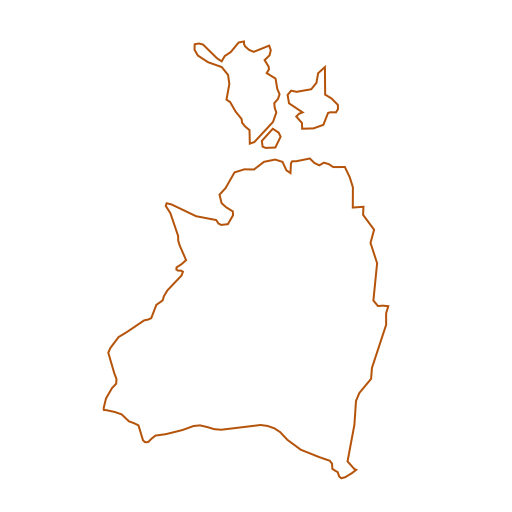 an SVG outline of Estonia, rotated 96°
{"feature_id": "EST", "entity_name": "Estonia", "entity_type": "country or territory", "adm_level": 0, "iso_a3": "EST", "parent_name": "Europe", "parent_adm1": "", "projection": "orthographic", "projection_center": [24.591, 58.582], "detail": "fine", "context": "isolated", "style": "outline", "palette": "amber", "viewbox_px": 512, "rotation_deg": 96, "n_neighbors": 0, "source": "natural_earth", "source_scale": "50m", "svg_char_len": 2467}
<svg xmlns="http://www.w3.org/2000/svg" viewBox="0 0 512 512"><g transform="rotate(96 256 256)"><path d="M425.0,391.2L423.2,391.6L413.4,390.3L402.4,385.4L397.6,381.7L392.9,381.9L387.4,384.7L367.6,392.8L362.6,391.2L350.9,384.1L344.9,376.2L331.7,360.5L330.5,356.7L328.8,353.7L315.0,350.0L309.9,344.2L305.6,343.4L299.4,340.5L283.3,328.1L279.3,327.0L278.4,329.1L278.7,332.1L277.7,333.8L275.6,333.8L271.9,329.2L267.4,325.1L253.7,332.9L248.7,335.0L244.3,335.5L222.4,345.6L215.6,351.0L212.9,350.4L213.6,345.3L222.7,319.7L224.4,299.4L227.7,296.6L228.7,293.8L227.3,287.3L217.9,283.1L214.1,283.7L210.7,290.7L207.1,295.7L198.8,298.7L191.7,293.4L175.1,286.1L171.0,276.6L170.2,267.1L161.5,257.9L158.1,247.0L159.6,239.5L167.6,234.7L169.9,230.4L160.0,230.9L158.0,229.9L157.6,226.0L153.4,212.7L157.4,207.6L159.2,202.5L156.1,198.2L157.0,193.3L159.5,188.4L158.2,176.9L168.1,170.9L177.6,166.8L197.7,164.8L195.8,154.3L203.9,153.8L217.5,141.3L231.0,143.5L250.5,134.8L288.0,134.6L293.0,129.5L292.1,124.5L292.1,119.2L299.2,120.6L310.9,119.4L355.2,129.0L366.1,128.7L381.4,138.9L389.7,141.4L413.6,140.5L450.7,143.5L457.6,135.9L458.2,134.0L461.9,137.9L466.7,144.2L468.1,147.9L466.7,150.1L462.4,152.2L461.5,154.3L459.7,157.8L454.5,158.7L451.9,161.3L449.3,172.6L444.0,191.2L435.5,205.6L428.6,213.6L425.5,219.6L423.8,226.7L423.6,233.8L432.4,272.3L432.6,279.4L431.2,286.6L430.3,294.0L431.6,300.3L436.8,311.0L442.6,327.0L445.1,337.2L448.6,340.8L452.0,343.5L452.7,345.2L452.7,347.0L451.1,349.1L436.7,355.2L435.0,359.9L433.7,365.1L427.6,373.0L425.9,380.1L425.0,388.3L425.0,391.2ZM97.4,250.5L102.1,253.8L106.6,252.9L111.2,250.8L120.9,253.1L142.9,269.6L144.9,273.9L131.5,275.6L128.3,280.4L125.0,283.7L121.2,284.7L114.5,291.4L105.6,297.8L103.6,301.7L87.7,300.5L78.9,302.7L71.7,309.8L68.3,323.9L62.7,334.8L57.3,338.7L51.8,339.1L50.6,334.8L51.3,330.7L63.4,315.5L66.0,310.5L60.4,308.0L55.8,302.4L45.5,295.6L43.9,290.4L46.4,290.1L48.7,288.7L51.7,284.5L53.2,279.6L45.4,264.9L49.8,262.8L55.0,263.5L60.3,267.9L66.4,263.2L68.9,262.6L73.0,264.5L77.5,255.1L87.6,252.3L92.6,249.5L97.4,250.5ZM118.9,224.2L113.1,230.5L109.9,227.9L108.3,224.7L100.7,239.1L92.5,241.4L87.9,238.3L88.5,232.9L84.4,218.5L77.5,214.0L67.7,213.3L60.9,207.2L88.3,204.1L91.4,197.4L97.1,190.4L101.3,189.8L104.8,191.5L105.3,197.1L106.2,199.3L118.5,202.7L123.1,212.2L124.6,223.4L118.9,224.2ZM146.5,260.9L140.9,262.2L127.7,252.6L130.9,246.4L134.8,244.0L146.1,248.1L147.5,257.7L146.5,260.9Z" fill="none" stroke="#b45309" stroke-width="2"/></g></svg>